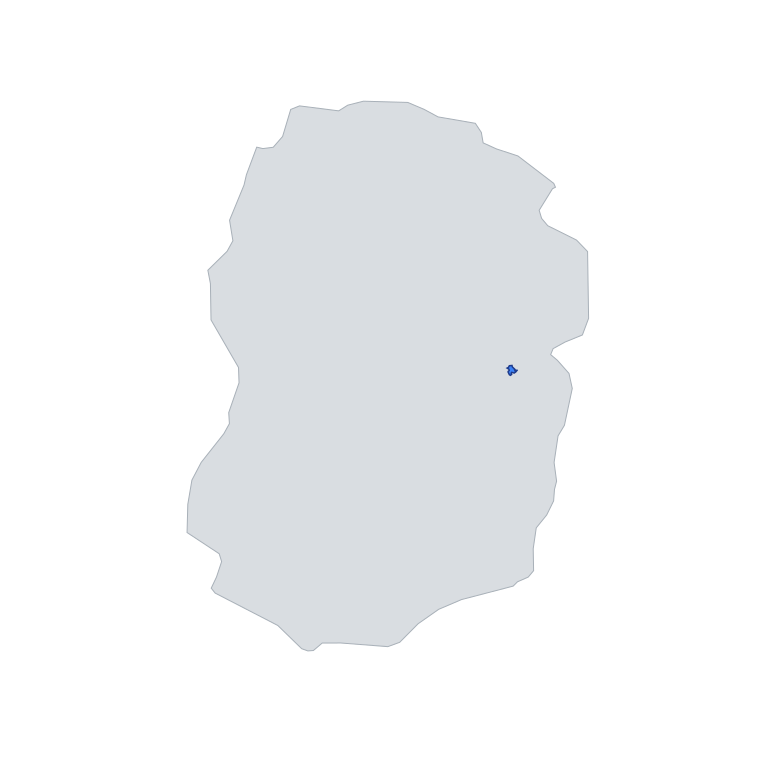 location of Centar, Čair, North Macedonia, rotated 114°
{"feature_id": "65306769B31528709538806", "entity_name": "Centar", "entity_type": "district", "adm_level": 2, "iso_a3": "MKD", "parent_name": "North Macedonia", "parent_adm1": "Čair", "projection": "equal_earth", "projection_center": [21.43, 41.996], "detail": "fine", "context": "in_parent", "style": "filled", "palette": "blue", "viewbox_px": 768, "rotation_deg": 114, "n_neighbors": 0, "source": "geoboundaries", "source_scale": "gbopen_adm2", "svg_char_len": 1457}
<svg xmlns="http://www.w3.org/2000/svg" viewBox="0 0 768 768"><g transform="rotate(114 384 384)"><path d="M348.6,202.4L360.6,203.9L386.5,196.7L402.6,186.8L410.9,185.4L421.8,181.5L437.5,182.1L453.5,186.4L473.8,180.7L493.7,171.4L501.7,173.7L510.4,181.6L516.1,183.8L549.4,225.5L567.6,242.4L589.1,255.3L613.6,264.6L622.4,273.7L638.2,318.2L645.8,335.1L656.2,340.1L658.8,345.0L659.3,351.5L647.8,382.8L643.7,453.2L640.8,458.8L628.5,458.5L612.3,460.1L606.1,465.5L599.8,503.5L573.7,514.3L549.9,520.4L529.9,519.1L494.6,510.1L483.1,509.1L473.3,514.2L441.9,516.9L428.1,523.6L395.8,568.1L362.9,583.4L351.7,591.2L326.6,581.3L314.6,580.3L297.2,591.7L259.1,592.8L248.8,594.8L219.4,596.6L218.2,590.4L212.8,581.5L199.1,577.3L171.1,580.9L164.3,574.3L152.9,536.5L144.0,530.5L134.0,517.8L117.1,476.8L116.8,458.9L118.0,443.3L108.7,406.6L114.6,397.4L123.4,391.5L123.5,376.8L121.2,354.4L131.7,310.5L134.5,307.4L137.1,309.5L162.2,312.9L168.6,307.4L172.8,298.8L174.2,266.7L180.2,251.9L240.8,223.8L258.5,222.7L272.1,235.7L282.9,243.9L289.4,243.7L291.8,235.3L299.1,219.3L311.5,210.2L348.2,202.4L348.6,202.4Z" fill="#d9dde1" stroke="#a8b0b8" stroke-width="1"/><path d="M324.5,273.3L324.7,272.1L323.4,271.3L322.4,272.2L321.4,272.1L321.0,269.5L319.5,268.6L316.8,267.8L318.9,269.3L317.8,270.6L317.4,270.3L316.2,273.7L315.0,274.6L316.3,276.9L318.3,277.1L319.4,278.0L319.7,275.8L320.8,275.1L322.0,275.7L322.7,275.4L324.5,273.3Z" fill="#3b82f6" stroke="#1e3a8a" stroke-width="1.5"/></g></svg>